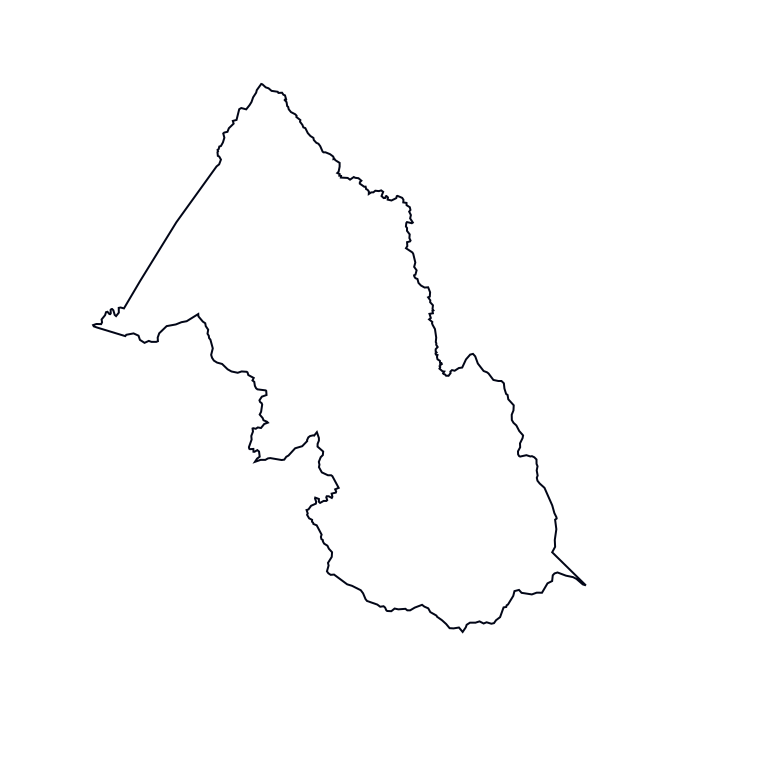 the district of Tiquiso, Bolívar, Colombia, rotated 302°
{"feature_id": "7082276B69446027092984", "entity_name": "Tiquiso", "entity_type": "district", "adm_level": 2, "iso_a3": "COL", "parent_name": "Colombia", "parent_adm1": "Bolívar", "projection": "natural_earth1", "projection_center": [-74.278, 8.471], "detail": "fine", "context": "isolated", "style": "outline", "palette": "ink", "viewbox_px": 768, "rotation_deg": 302, "n_neighbors": 0, "source": "geoboundaries", "source_scale": "gbopen_adm2", "svg_char_len": 6166}
<svg xmlns="http://www.w3.org/2000/svg" viewBox="0 0 768 768"><g transform="rotate(302 384 384)"><path d="M195.9,442.6L194.6,458.9L195.9,463.8L196.8,473.6L195.4,477.2L191.8,482.3L191.0,484.6L193.4,495.2L193.1,498.8L195.3,501.4L195.0,503.4L193.3,505.9L193.2,507.0L195.2,510.6L199.2,512.0L200.5,515.6L204.7,521.3L204.4,523.7L205.9,526.1L210.7,528.6L216.9,533.3L216.6,536.2L217.2,540.4L215.1,544.2L215.4,551.2L214.7,552.4L214.4,558.3L213.4,563.9L211.7,569.0L213.6,572.5L217.2,576.6L215.4,582.1L221.0,582.3L223.6,581.7L227.2,583.4L230.0,588.0L233.3,590.8L233.7,595.4L236.3,597.3L237.6,602.1L239.5,604.0L243.1,604.2L247.8,606.0L257.9,603.8L259.7,605.8L261.3,605.3L262.7,606.0L272.8,605.9L277.5,604.4L280.9,607.6L279.8,611.3L283.9,620.9L288.0,624.1L290.7,628.6L301.6,628.3L306.0,631.0L311.2,628.5L313.7,629.0L316.1,631.0L317.9,639.9L320.4,646.7L320.7,650.5L319.4,658.8L320.2,661.9L330.4,615.8L336.6,615.4L342.2,611.5L352.2,607.1L359.6,601.0L361.4,601.7L362.4,600.8L364.8,596.9L370.2,591.0L381.0,575.1L382.1,568.8L383.3,565.4L385.4,563.3L387.8,562.8L391.6,559.3L395.6,557.8L397.1,555.7L400.8,553.3L401.5,550.3L401.2,547.7L400.1,546.5L399.1,542.5L394.6,537.9L394.5,536.7L395.4,535.0L397.9,533.3L402.5,533.0L405.7,530.8L411.5,530.2L414.1,529.2L415.8,523.6L419.0,518.2L419.7,514.4L421.2,511.5L425.6,508.6L430.2,507.8L434.7,505.3L436.9,497.5L440.2,494.6L440.3,492.8L444.0,488.5L448.1,485.3L448.8,482.0L447.1,479.3L445.4,474.6L448.3,467.1L448.5,465.1L447.8,461.6L451.1,452.7L455.8,446.7L456.7,443.5L454.6,441.5L448.3,440.5L439.4,441.6L437.2,439.0L432.7,436.9L431.8,434.3L429.7,433.7L428.5,434.7L425.2,434.4L423.9,432.3L424.4,430.8L424.1,429.3L424.3,428.5L426.5,428.5L425.8,426.9L426.4,422.9L427.7,422.9L428.6,421.7L429.5,422.1L430.2,421.4L431.6,422.4L432.2,421.5L431.7,420.3L433.3,419.1L433.3,416.3L435.1,414.5L436.9,414.0L436.4,412.7L436.8,411.9L437.4,411.4L438.6,411.9L439.2,410.4L440.9,409.4L443.8,409.9L444.9,407.5L446.3,406.8L447.0,405.7L451.0,403.7L457.6,398.1L459.9,393.9L461.0,392.5L462.2,392.1L462.7,388.0L464.8,388.7L467.6,385.4L469.9,388.0L471.8,386.3L472.6,386.9L473.3,385.4L476.7,383.8L477.8,379.8L479.5,378.9L480.9,375.5L482.4,376.5L486.2,374.5L489.4,370.2L487.3,367.3L487.1,363.2L488.0,359.7L490.8,356.7L490.4,354.6L491.2,352.8L492.1,351.9L493.4,352.7L497.7,351.4L499.3,347.5L503.6,346.2L509.8,339.9L510.6,338.4L510.8,330.7L513.3,330.7L516.5,328.4L518.7,330.5L519.7,330.5L521.2,328.2L524.5,326.5L526.1,322.3L528.5,320.9L529.2,319.1L532.4,317.6L533.5,317.7L535.1,322.4L536.2,322.9L538.3,318.4L541.5,317.3L543.5,314.0L545.6,314.2L547.6,312.2L547.6,308.4L549.5,307.1L548.2,304.1L550.5,302.9L551.5,300.8L550.7,295.8L550.1,295.3L548.1,295.9L543.6,293.1L542.3,289.4L544.3,288.5L544.7,286.5L544.1,286.0L542.5,286.5L541.5,285.2L542.1,282.3L546.5,281.5L546.7,279.0L544.9,277.5L543.3,274.2L540.9,273.4L539.7,271.6L537.1,270.4L539.2,269.2L540.0,267.1L539.8,265.6L541.6,263.8L540.8,262.7L541.1,257.3L542.3,256.6L544.4,257.1L545.0,253.3L543.6,250.3L543.5,248.7L539.3,246.9L539.5,244.0L536.2,238.0L537.7,237.3L537.0,235.7L538.5,235.2L538.2,232.6L540.0,233.0L544.8,231.2L548.0,229.2L548.0,224.2L548.6,222.8L547.9,222.0L549.4,221.3L550.0,220.2L550.3,216.5L549.5,211.7L548.4,209.9L548.6,208.7L551.9,203.9L553.0,201.1L552.7,198.8L553.7,195.2L555.3,193.7L555.3,190.2L556.4,186.4L559.3,181.7L558.9,179.6L560.5,177.5L561.9,173.8L563.5,173.2L564.0,168.2L565.2,167.7L565.7,165.8L565.3,161.0L566.5,157.6L568.2,155.9L568.4,154.6L571.4,152.0L572.2,149.3L573.1,149.4L572.8,150.3L573.3,150.4L576.3,147.1L576.0,145.4L577.0,143.2L574.9,140.2L575.5,139.0L573.0,133.3L573.6,129.4L572.9,126.5L573.7,122.1L573.4,120.9L565.8,120.4L563.3,121.2L557.8,121.1L552.9,122.2L549.2,122.2L543.9,121.6L542.4,116.7L540.3,115.6L529.8,119.0L527.0,116.4L525.1,118.5L518.7,116.9L514.9,117.6L512.6,115.3L511.3,114.9L508.3,118.1L503.5,119.4L499.4,119.6L498.1,118.5L495.7,119.3L494.3,118.8L493.4,120.0L492.4,119.9L489.4,122.2L489.6,123.7L487.9,126.8L482.9,127.8L479.8,126.7L411.2,122.2L342.1,122.6L310.3,123.4L309.3,120.1L308.0,118.7L304.0,121.3L299.6,120.8L299.9,119.0L303.1,115.4L303.5,113.7L303.0,113.1L301.9,112.9L299.2,114.8L298.2,114.8L297.8,114.1L298.7,111.2L297.6,110.2L294.5,111.0L289.1,110.3L286.9,112.2L284.9,112.4L282.5,108.3L279.8,106.1L279.1,107.3L279.8,110.6L287.5,139.2L289.2,139.4L294.2,144.8L294.9,150.2L292.1,153.6L292.0,159.1L295.9,161.7L296.5,164.5L299.0,168.5L300.5,169.6L303.4,167.5L307.9,166.5L317.9,169.0L324.2,175.9L329.1,179.5L332.7,183.4L344.9,189.4L343.0,190.8L340.9,197.3L340.8,200.2L338.6,202.2L336.9,206.1L333.1,207.7L332.1,209.8L330.3,211.3L329.6,213.3L323.5,219.9L317.1,222.0L315.1,224.3L313.7,227.3L313.7,231.1L315.2,236.1L313.6,243.6L313.8,248.0L316.0,254.0L319.2,256.6L321.6,261.1L321.5,262.1L319.7,264.2L320.1,270.3L317.3,270.6L317.1,272.8L314.0,275.5L312.6,277.8L312.4,279.5L315.9,287.1L315.7,287.8L312.4,290.2L308.5,287.1L304.2,287.0L303.1,288.4L302.9,290.4L302.0,291.6L295.3,294.5L292.2,294.8L290.8,299.2L289.4,301.0L290.0,304.8L289.7,306.0L286.6,303.6L281.5,303.0L280.3,300.0L278.1,299.0L277.2,296.5L276.6,296.1L274.2,298.1L269.6,299.0L266.7,301.2L258.9,302.9L257.7,304.0L257.7,304.9L259.7,307.6L257.4,309.2L257.9,310.1L260.8,311.6L260.5,313.8L256.5,317.1L253.4,315.9L249.6,315.8L254.3,319.6L256.8,323.6L259.4,325.0L260.9,326.8L265.3,337.5L267.0,339.5L270.5,339.7L272.7,340.9L282.4,342.7L287.9,347.6L294.9,349.1L295.6,348.5L298.6,348.1L300.7,348.9L303.0,351.2L303.2,352.1L307.6,352.6L303.7,357.4L301.5,358.8L298.1,359.4L295.7,360.8L294.5,368.2L291.3,369.8L288.4,369.1L283.4,370.0L281.4,372.0L279.0,372.9L276.1,378.1L276.9,384.8L278.6,387.5L278.5,389.0L271.9,400.6L268.8,398.4L267.5,400.4L266.4,400.7L263.3,397.7L261.0,400.0L259.7,400.1L259.5,396.6L258.4,394.9L257.3,395.1L255.4,397.4L254.3,397.1L252.9,394.8L249.3,392.8L249.6,391.2L252.0,389.7L251.2,385.9L250.3,386.2L248.2,388.9L246.4,389.6L242.1,386.7L237.6,386.4L236.1,385.1L233.8,387.9L232.3,388.1L230.4,391.7L230.7,395.0L229.1,395.9L228.8,397.4L227.9,398.3L228.5,401.8L223.2,410.9L220.9,411.5L219.3,413.1L219.2,414.9L218.2,415.5L216.9,417.8L216.9,421.7L215.1,424.5L213.8,429.1L209.7,431.3L202.6,431.3L200.7,433.2L194.9,434.9L194.0,437.1L193.9,439.9L195.9,442.6Z" fill="none" stroke="#020617" stroke-width="2"/></g></svg>